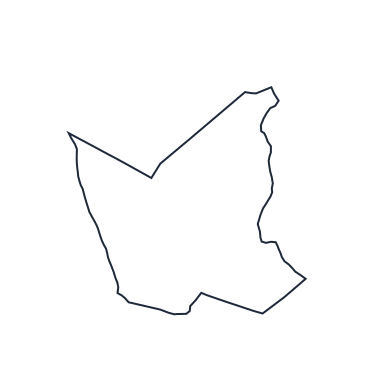 Junqueiro, Alagoas, Brazil (Robinson projection), rotated 199°
{"feature_id": "56859067B20024464434808", "entity_name": "Junqueiro", "entity_type": "district", "adm_level": 2, "iso_a3": "BRA", "parent_name": "Brazil", "parent_adm1": "Alagoas", "projection": "robinson", "projection_center": [-36.435, -9.874], "detail": "fine", "context": "isolated", "style": "outline", "palette": "slate", "viewbox_px": 384, "rotation_deg": 199, "n_neighbors": 0, "source": "geoboundaries", "source_scale": "gbopen_adm2", "svg_char_len": 1473}
<svg xmlns="http://www.w3.org/2000/svg" viewBox="0 0 384 384"><g transform="rotate(199 192 192)"><path d="M229.5,72.2L225.0,71.4L221.2,70.0L216.0,67.1L183.7,70.5L174.7,70.2L169.0,70.6L165.8,72.0L161.3,73.6L157.7,75.0L155.4,78.7L156.5,83.6L153.3,90.9L150.4,99.7L144.5,99.3L123.9,99.3L95.1,99.6L85.7,100.1L70.5,122.6L56.3,146.9L62.0,148.7L68.4,150.3L72.6,152.8L77.0,155.0L82.0,156.6L86.0,159.9L88.3,162.9L91.2,166.0L93.8,169.1L96.5,171.8L101.2,170.6L105.5,168.0L109.9,167.8L112.3,170.9L114.9,176.7L119.4,183.1L119.6,187.9L119.8,192.7L119.5,199.5L118.2,204.8L116.3,213.4L116.1,217.9L117.7,221.3L118.4,226.4L121.1,231.5L124.8,237.0L126.9,240.8L129.6,246.2L130.3,250.8L130.3,255.1L132.3,261.0L136.8,264.3L140.4,268.7L143.0,271.2L146.3,271.9L148.6,277.5L148.2,285.0L147.1,290.9L145.3,296.8L141.4,300.5L139.8,306.5L146.4,311.7L151.1,316.9L163.5,306.1L167.6,304.9L174.4,303.7L212.1,240.2L214.4,236.4L231.2,208.5L235.0,192.0L253.5,195.3L263.6,197.1L277.9,199.5L282.5,200.2L288.7,201.2L299.6,203.0L327.7,207.5L323.6,203.5L318.2,199.1L314.8,195.1L313.5,191.0L312.4,187.5L310.7,182.8L308.5,177.8L306.6,173.9L304.6,169.6L301.6,165.2L299.3,162.1L296.5,159.5L293.9,155.6L291.0,151.3L288.2,147.4L286.1,144.6L282.4,139.6L278.6,136.1L275.1,133.0L271.2,129.3L268.8,126.5L266.3,123.1L264.2,120.2L261.3,116.6L258.1,113.3L254.8,110.4L252.3,106.6L250.4,103.3L248.1,100.2L244.5,96.2L239.9,90.7L236.4,85.8L233.2,82.2L230.7,77.9L229.5,72.2Z" fill="none" stroke="#1e293b" stroke-width="2"/></g></svg>